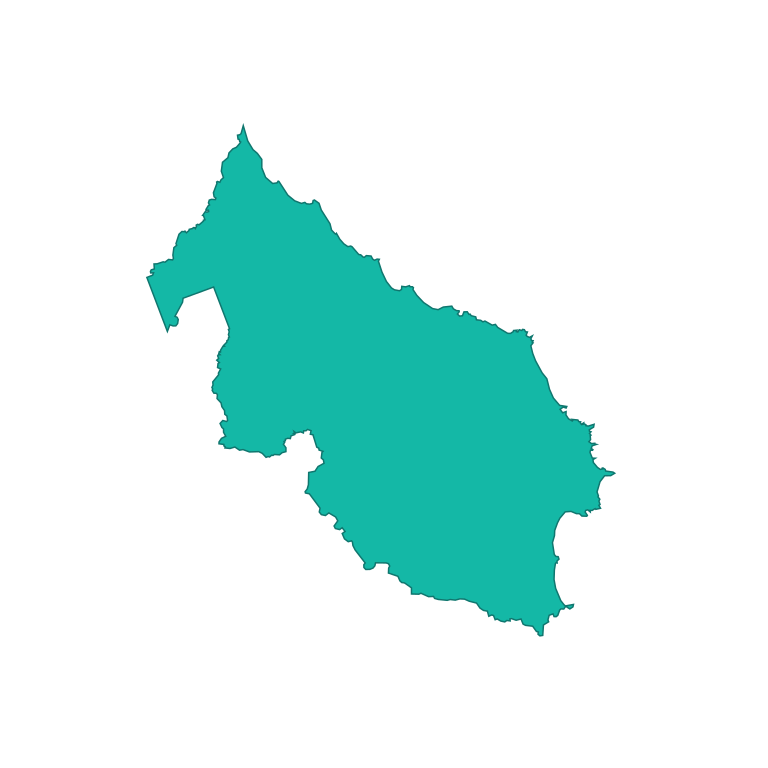 the district of Ahanta West Municipal, Western, Ghana, rotated 249°
{"feature_id": "2480657B81057694902297", "entity_name": "Ahanta West Municipal", "entity_type": "district", "adm_level": 2, "iso_a3": "GHA", "parent_name": "Ghana", "parent_adm1": "Western", "projection": "natural_earth1", "projection_center": [-1.968, 4.851], "detail": "fine", "context": "isolated", "style": "filled", "palette": "teal", "viewbox_px": 768, "rotation_deg": 249, "n_neighbors": 0, "source": "geoboundaries", "source_scale": "gbopen_adm2", "svg_char_len": 6166}
<svg xmlns="http://www.w3.org/2000/svg" viewBox="0 0 768 768"><g transform="rotate(249 384 384)"><path d="M378.6,222.2L374.0,225.4L373.3,228.9L368.8,234.0L365.7,242.9L362.9,245.5L357.8,247.6L357.8,249.8L356.9,251.0L357.8,253.7L357.1,254.7L357.5,256.4L355.3,261.1L356.4,264.3L356.0,268.2L359.6,269.6L363.8,268.5L365.2,270.4L366.2,270.1L366.4,271.6L367.8,272.1L367.8,274.7L366.6,277.0L368.9,278.6L368.8,282.6L369.4,283.1L370.2,282.0L370.4,283.0L371.9,283.0L369.9,284.3L369.2,289.0L367.2,291.2L369.1,292.2L368.3,294.5L369.0,296.3L366.6,299.2L363.5,297.2L362.1,299.5L349.1,298.6L347.4,300.1L345.6,299.7L343.0,302.9L342.4,301.6L337.4,298.9L335.0,300.2L331.5,299.6L330.6,292.9L327.3,288.3L328.4,282.0L317.0,277.3L313.4,274.6L311.8,271.8L310.4,271.6L308.2,275.0L291.0,279.8L287.7,277.7L284.5,278.7L282.2,282.2L283.4,286.3L277.2,291.2L272.8,291.8L269.3,286.5L266.5,286.8L264.0,290.4L264.8,293.4L260.3,294.8L259.4,291.4L253.6,291.6L249.6,294.1L249.2,297.5L247.9,297.9L244.3,297.1L239.3,297.6L223.7,302.3L222.5,300.4L219.9,299.5L217.4,300.5L216.0,304.4L216.1,307.8L217.5,310.3L220.1,312.0L216.2,321.9L214.6,323.8L212.0,324.1L210.5,322.4L205.9,320.4L199.5,328.1L194.5,328.3L192.3,329.4L191.0,331.8L183.9,336.6L178.1,334.4L175.3,341.2L175.4,343.5L169.5,349.4L167.9,354.1L165.7,354.4L163.4,357.5L159.4,365.5L159.1,368.5L156.7,373.1L156.2,377.8L154.3,382.1L150.7,385.7L146.3,391.9L140.4,393.3L137.0,395.7L134.9,399.1L129.6,398.6L129.8,401.7L128.6,403.3L124.1,403.3L124.1,405.5L120.8,408.1L118.6,411.5L119.2,413.9L117.6,416.9L119.5,417.3L119.3,418.9L116.1,422.7L115.5,427.7L110.0,427.8L108.0,429.6L104.6,436.0L98.4,437.6L97.2,439.2L95.2,438.1L93.0,439.3L92.4,442.1L101.9,446.5L103.0,452.5L105.0,452.5L108.9,455.3L108.8,459.4L105.9,459.4L105.1,461.4L105.7,463.3L110.0,467.0L110.6,468.6L109.5,471.2L111.0,473.4L110.8,474.4L107.4,476.9L108.2,480.5L110.3,481.9L111.8,473.8L113.5,472.9L118.4,471.4L131.7,471.0L140.6,472.7L149.3,476.4L154.8,479.6L155.5,480.7L154.9,481.5L156.7,482.0L157.8,484.6L160.4,484.7L161.5,482.6L163.9,481.9L175.5,484.4L181.3,488.8L186.1,490.9L192.3,496.3L195.7,500.1L199.7,507.4L198.0,513.0L194.0,517.2L192.9,520.0L189.8,521.4L187.9,525.9L188.5,526.8L192.4,525.9L193.7,527.0L193.5,529.1L190.7,530.7L192.2,531.1L191.4,532.9L192.0,536.5L191.1,536.8L190.4,541.6L193.8,541.1L194.1,542.5L197.7,542.7L199.1,544.2L201.9,543.3L202.7,544.1L206.9,544.2L215.4,550.7L219.3,557.1L217.2,562.8L218.0,567.4L219.7,566.2L223.3,559.8L225.0,559.9L227.2,558.3L227.2,557.6L226.4,557.8L226.7,555.4L229.6,553.4L235.7,551.3L238.5,552.0L239.0,554.6L240.2,551.9L246.5,551.8L248.2,553.1L247.4,554.9L247.8,555.5L249.6,554.4L251.7,556.2L251.5,560.6L252.3,559.4L253.1,559.6L254.0,556.4L256.7,554.6L258.0,556.9L261.9,558.0L262.1,558.9L264.2,558.1L265.2,560.1L266.2,558.9L267.7,559.2L268.6,564.2L271.1,565.7L271.5,559.6L272.8,557.5L273.6,557.9L275.4,556.3L276.2,556.6L275.8,554.8L275.1,555.3L275.3,553.9L277.5,553.3L278.2,554.0L279.2,552.3L280.9,552.1L283.4,547.2L282.6,547.6L282.0,546.5L285.4,543.8L289.9,542.8L293.0,544.1L293.1,540.5L297.3,539.3L298.2,543.1L296.3,545.4L297.5,546.6L301.1,540.3L310.2,537.1L319.7,536.6L330.5,537.9L337.8,535.6L351.4,533.8L359.2,533.8L367.1,534.8L369.0,537.9L369.6,537.3L371.0,538.7L371.7,537.2L373.7,537.4L375.8,539.7L375.4,536.5L377.2,534.7L378.6,534.2L381.2,536.5L382.0,534.9L384.4,534.5L385.3,533.0L384.6,531.8L386.2,529.7L384.6,527.6L385.5,526.3L386.6,527.4L387.5,524.1L386.6,523.5L385.9,520.2L387.0,517.6L396.1,510.4L399.7,509.4L400.2,506.1L406.6,500.8L406.6,498.6L408.8,497.1L410.8,493.3L413.8,493.7L416.5,489.9L418.4,489.4L418.5,488.3L421.6,487.6L422.7,484.5L419.6,481.7L420.3,478.9L423.0,477.6L424.5,480.1L425.5,480.3L426.5,478.0L429.3,475.7L432.4,475.2L434.6,466.9L434.0,461.2L437.0,456.4L445.8,450.2L455.0,446.4L461.8,444.9L463.4,446.0L464.6,445.4L465.5,443.2L466.7,443.0L466.9,439.1L468.8,435.6L466.0,434.2L465.5,431.9L468.2,427.5L471.0,425.4L478.8,423.0L489.3,422.2L500.7,422.8L502.1,424.3L503.1,422.3L502.9,419.5L504.7,418.2L508.1,417.8L510.2,413.5L509.3,411.0L510.0,410.0L512.9,408.6L514.0,406.8L523.5,403.4L524.7,402.4L525.2,399.5L529.3,396.7L535.0,394.6L541.7,393.6L541.1,392.8L542.1,392.0L546.5,390.2L552.9,391.0L568.9,387.8L576.0,388.1L580.7,385.0L580.7,383.6L578.3,382.1L578.5,379.2L580.0,376.2L581.9,375.2L582.2,371.6L587.0,366.3L594.7,361.9L610.7,358.5L611.3,357.9L610.1,356.2L611.1,351.9L619.3,347.5L629.6,347.4L637.5,350.4L644.7,348.4L649.7,345.7L659.7,343.9L675.6,345.2L669.0,340.3L668.4,338.7L668.8,336.4L664.9,335.5L664.2,336.5L662.1,336.2L661.3,336.9L660.5,335.9L657.9,331.1L657.7,327.1L655.3,322.1L651.2,319.4L648.9,312.7L641.0,308.4L634.2,308.1L633.0,305.0L631.1,303.0L632.8,301.1L632.5,300.1L631.1,299.9L623.7,293.3L619.7,292.5L617.8,293.7L616.6,292.7L618.2,289.1L618.3,286.8L616.0,285.0L613.7,285.3L613.5,283.9L610.8,280.4L610.0,280.1L609.2,282.4L607.8,282.1L607.9,280.2L609.0,279.0L606.4,275.1L606.0,275.8L601.5,275.7L601.6,274.1L600.8,273.8L598.9,268.5L599.9,267.1L599.6,265.6L598.4,265.5L596.7,263.5L597.8,263.3L598.3,262.1L597.8,260.9L598.2,257.6L597.1,256.8L596.0,253.7L598.0,253.0L597.6,252.5L598.8,250.0L597.3,246.3L589.6,240.1L587.8,240.2L586.6,236.7L580.0,233.1L576.7,232.4L575.6,231.1L577.5,227.5L576.2,223.2L577.2,221.6L577.5,215.3L578.5,212.3L573.7,210.8L574.0,207.7L572.8,206.3L571.3,206.0L570.4,208.7L568.5,207.0L568.5,200.8L510.7,200.6L516.0,205.3L513.8,207.9L512.9,210.5L514.4,213.0L517.9,215.0L520.4,214.8L522.1,213.1L532.5,225.2L536.1,227.2L535.6,259.7L490.9,259.6L490.7,258.3L488.2,258.2L485.8,256.4L483.3,256.5L483.2,255.6L481.2,254.5L480.7,252.8L479.4,252.3L477.5,248.1L476.5,248.6L476.8,247.0L474.1,243.5L472.5,242.8L473.2,241.8L471.5,240.6L470.2,241.3L470.6,239.7L469.9,238.8L467.1,238.8L466.2,236.4L463.0,238.0L462.6,236.4L459.0,234.5L456.6,236.9L453.5,233.3L451.9,232.9L447.3,224.9L444.3,224.0L442.4,222.1L440.9,222.3L439.6,221.3L436.4,221.9L435.4,224.1L433.8,224.7L430.2,222.9L424.8,225.1L420.9,224.5L416.4,225.6L412.8,224.5L410.5,225.9L406.0,224.9L405.4,223.6L407.7,220.4L405.9,216.8L401.5,217.1L399.6,218.1L396.4,216.9L391.9,217.5L391.5,212.8L389.0,209.2L387.3,208.5L385.0,212.8L383.5,212.4L382.2,213.3L381.3,212.6L379.0,217.1L378.6,222.2Z" fill="#14b8a6" stroke="#0f766e" stroke-width="1.5"/></g></svg>